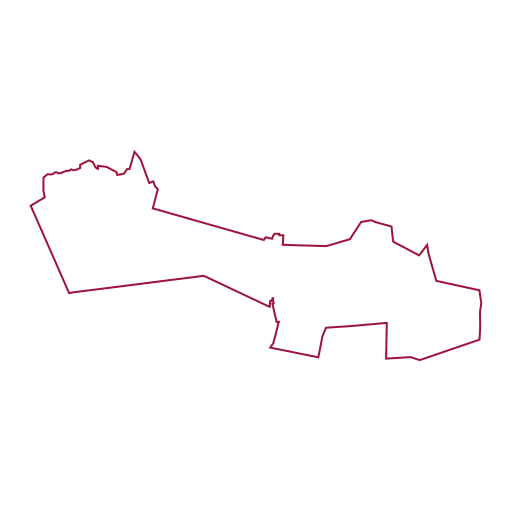 the district of Huépac, Sonora, Mexico
{"feature_id": "50627088B93496185118848", "entity_name": "Huépac", "entity_type": "district", "adm_level": 2, "iso_a3": "MEX", "parent_name": "Mexico", "parent_adm1": "Sonora", "projection": "albers", "projection_center": [-110.289, 29.939], "detail": "fine", "context": "isolated", "style": "outline", "palette": "rose", "viewbox_px": 512, "rotation_deg": 0, "n_neighbors": 0, "source": "geoboundaries", "source_scale": "gbopen_adm2", "svg_char_len": 2295}
<svg xmlns="http://www.w3.org/2000/svg" viewBox="0 0 512 512"><path d="M73.5,292.3L84.4,290.9L87.0,290.6L203.8,275.8L268.2,306.2L269.7,306.8L270.1,301.1L271.0,300.9L271.4,300.5L271.7,300.2L272.0,299.7L272.3,299.0L272.5,298.4L272.7,298.2L273.2,298.3L273.3,298.7L272.9,299.6L272.9,300.2L273.0,301.0L273.2,301.5L273.5,302.1L273.7,302.6L273.8,303.0L273.6,303.3L272.4,303.6L276.6,321.9L278.9,321.9L278.7,322.3L278.6,322.5L278.4,323.0L278.3,323.4L278.2,323.7L278.1,324.1L278.0,324.8L277.9,325.3L277.7,325.8L277.6,326.3L277.5,326.7L277.4,327.3L277.3,327.8L277.0,328.9L276.9,329.4L276.8,329.6L276.7,330.0L276.6,330.7L276.4,331.3L276.3,331.7L276.0,333.2L275.7,334.3L275.3,335.9L275.0,337.1L273.9,340.7L273.4,343.0L272.3,344.6L270.2,347.6L271.8,347.9L272.0,348.0L272.5,348.1L318.3,357.3L322.1,338.1L322.4,336.3L326.0,327.7L349.3,326.2L386.8,322.9L386.1,358.6L410.6,357.1L419.7,360.1L479.5,339.6L480.2,327.5L480.0,311.9L481.3,303.0L481.2,302.5L479.4,290.3L436.3,280.9L428.3,252.8L427.2,244.9L419.1,255.4L394.0,242.1L393.1,241.4L391.5,226.5L375.7,222.2L371.3,220.2L361.1,222.0L349.9,239.2L326.3,246.1L297.8,245.3L297.3,245.3L295.4,245.2L292.2,245.1L290.6,245.1L289.2,245.0L287.0,244.9L285.1,244.9L283.2,244.8L282.7,244.8L283.0,242.7L283.1,240.6L283.1,239.8L283.2,237.3L283.4,235.4L281.9,235.3L280.4,235.2L279.2,235.2L279.1,233.8L275.5,233.8L274.5,233.8L273.3,235.5L272.0,238.7L270.0,238.3L265.6,237.3L263.8,240.0L152.8,208.4L157.8,189.2L155.3,186.6L153.2,181.4L149.2,183.0L140.6,159.5L136.4,154.1L134.5,151.9L129.5,169.1L127.1,169.1L123.8,173.8L117.2,174.9L116.5,172.1L106.6,166.9L97.9,165.8L98.0,168.9L96.6,168.3L95.3,166.9L92.9,162.2L89.0,160.4L80.1,164.8L80.2,168.0L79.4,168.3L78.4,168.9L77.9,169.1L77.3,169.4L76.6,169.6L75.9,169.7L75.6,169.8L75.2,169.9L74.9,170.1L74.6,170.2L74.1,170.2L73.6,170.2L72.7,170.1L71.9,169.7L71.2,169.4L70.5,169.6L70.0,170.2L69.5,170.5L68.8,170.8L67.9,170.8L67.3,170.6L64.4,171.6L62.3,172.3L61.5,172.9L60.2,173.2L59.2,173.4L58.5,173.3L58.0,173.3L57.6,172.9L57.1,172.5L56.4,172.3L55.8,172.3L55.1,172.5L54.5,172.6L54.1,172.9L53.9,173.1L53.5,173.7L53.1,173.9L52.7,174.1L52.0,174.3L51.2,174.3L50.7,174.4L50.0,174.5L47.6,174.2L43.5,177.6L43.4,190.8L44.2,194.4L44.6,196.7L44.8,197.3L30.7,205.7L60.5,273.5L69.1,293.1L73.5,292.3Z" fill="none" stroke="#9f1239" stroke-width="2"/></svg>